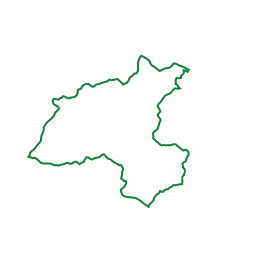 Bom Jardim de Minas, Minas Gerais, Brazil (orthographic projection), rotated 37°
{"feature_id": "56859067B79987470912291", "entity_name": "Bom Jardim de Minas", "entity_type": "district", "adm_level": 2, "iso_a3": "BRA", "parent_name": "Brazil", "parent_adm1": "Minas Gerais", "projection": "orthographic", "projection_center": [-44.123, -21.937], "detail": "fine", "context": "isolated", "style": "outline", "palette": "green", "viewbox_px": 256, "rotation_deg": 37, "n_neighbors": 0, "source": "geoboundaries", "source_scale": "gbopen_adm2", "svg_char_len": 3335}
<svg xmlns="http://www.w3.org/2000/svg" viewBox="0 0 256 256"><g transform="rotate(37 128 128)"><path d="M95.2,62.4L95.0,64.1L95.3,65.9L96.0,68.5L97.4,70.6L99.2,73.0L100.7,75.0L101.8,77.1L101.8,79.4L100.4,80.6L100.1,83.2L99.1,86.7L100.0,90.0L99.9,92.7L98.7,94.4L97.8,96.3L95.9,95.7L94.2,95.6L92.1,95.5L90.3,95.1L89.0,96.3L87.9,97.9L85.9,99.9L84.0,100.5L83.5,103.2L82.0,104.9L80.8,106.7L79.7,108.0L78.8,110.1L77.3,111.3L76.3,112.9L76.1,114.7L75.1,116.4L72.5,116.7L70.1,116.5L67.8,118.2L66.7,120.4L66.3,122.5L66.8,125.2L64.9,127.6L66.5,130.1L67.4,132.9L66.5,135.6L64.5,137.6L63.6,139.4L61.5,140.6L58.5,141.0L56.9,141.8L57.0,143.6L55.9,144.9L55.5,147.1L53.5,148.2L51.2,149.2L51.1,151.2L53.2,153.0L55.3,153.8L57.3,153.2L59.4,153.2L61.1,153.8L61.2,155.6L61.1,157.5L60.5,159.3L61.0,160.9L61.6,163.1L61.2,165.9L60.7,168.6L60.2,170.9L59.8,172.8L60.1,174.8L60.1,176.5L60.6,178.5L62.1,180.7L62.8,183.0L63.5,186.1L64.5,188.2L65.9,190.1L66.3,192.7L65.9,195.1L65.8,197.5L65.9,200.0L65.3,203.2L64.7,206.1L65.7,208.9L66.0,211.1L68.0,210.0L70.1,209.3L71.9,207.6L74.6,207.8L76.9,207.9L79.6,208.2L82.4,207.0L84.0,205.5L85.9,204.2L88.0,202.8L90.2,202.4L92.0,202.0L93.2,200.8L95.0,200.0L96.5,197.7L98.3,195.8L99.3,194.0L100.7,192.2L103.1,191.6L104.8,189.9L105.5,187.4L107.1,186.0L109.3,186.0L111.1,186.0L111.7,184.1L113.2,181.5L112.4,179.3L112.5,176.3L114.2,175.2L116.4,175.4L118.5,174.6L119.5,172.0L121.1,170.3L122.7,168.6L123.3,165.2L124.4,163.5L126.3,163.7L128.2,164.2L130.2,164.7L131.9,163.8L133.7,163.6L135.8,163.8L139.4,163.5L141.3,163.0L143.1,163.1L145.1,161.7L147.1,162.7L148.7,163.7L149.5,165.6L150.1,167.4L151.4,168.6L152.1,170.4L152.9,172.5L154.9,172.5L156.7,172.9L158.4,171.8L159.9,173.5L160.4,176.9L159.9,179.3L159.4,181.7L161.2,183.4L163.9,184.8L166.3,184.7L168.1,184.0L169.9,183.1L172.1,181.6L174.0,180.5L175.7,179.6L177.5,179.1L180.4,178.8L182.2,178.6L184.0,178.8L186.5,178.8L189.3,178.7L191.7,178.7L191.2,176.2L191.6,173.4L192.0,170.7L191.0,168.6L190.9,165.8L191.2,163.1L192.1,161.2L191.6,159.1L194.3,158.1L194.8,154.9L196.7,152.9L197.1,150.5L198.4,148.4L198.6,146.3L200.0,145.4L201.3,144.0L203.0,142.2L204.9,140.1L204.0,138.4L202.8,137.0L200.9,134.7L200.7,131.4L199.6,128.3L197.7,126.6L195.8,126.6L194.5,124.9L192.9,123.6L193.3,121.6L194.1,120.0L193.2,117.2L192.5,114.9L192.8,113.3L191.8,111.7L189.5,110.4L187.0,110.7L186.0,112.6L183.9,112.8L181.7,112.8L178.6,112.5L176.2,112.3L174.3,113.3L173.3,114.9L172.2,116.2L170.2,117.7L168.5,119.2L166.7,120.0L165.3,121.7L162.6,121.8L160.1,121.6L158.3,121.7L156.6,121.3L154.5,121.2L152.9,119.1L151.1,117.3L151.2,115.1L151.7,112.8L152.1,110.9L151.3,108.3L150.0,105.0L149.4,102.2L148.0,101.3L145.9,100.9L143.8,99.8L143.9,97.5L143.9,95.5L141.9,94.0L139.8,93.3L138.3,92.5L137.9,90.4L138.4,87.4L138.3,84.3L138.1,82.1L138.2,79.7L139.3,77.6L140.7,75.2L141.1,72.9L141.1,70.3L141.8,67.9L144.2,66.7L145.5,65.1L143.6,64.9L141.6,63.9L139.8,64.3L138.8,62.9L137.2,61.1L136.7,58.7L138.6,57.7L140.1,56.1L138.9,54.3L139.5,52.3L139.5,50.3L137.7,48.4L139.5,47.6L141.7,47.4L141.5,44.9L139.6,45.4L136.3,45.8L133.9,46.4L132.3,46.9L129.9,47.5L127.4,47.9L125.9,48.5L125.5,50.3L125.6,52.3L125.1,54.1L123.8,56.1L122.0,57.9L120.6,60.0L119.8,61.8L119.0,63.5L116.7,63.3L114.4,63.3L111.5,63.3L109.2,63.6L107.3,63.1L105.3,61.8L102.5,61.4L100.6,61.3L98.2,61.7L95.2,62.4Z" fill="none" stroke="#15803d" stroke-width="2"/></g></svg>